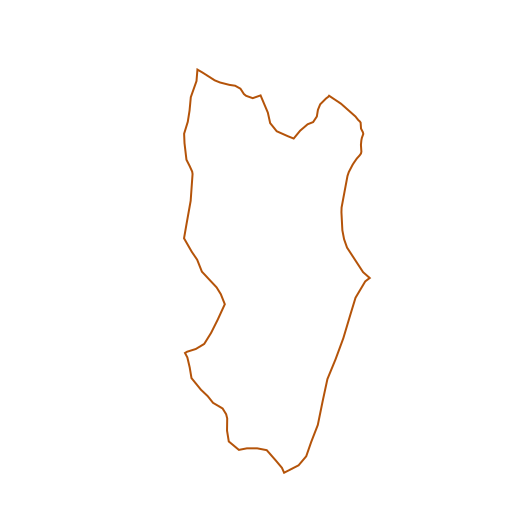 the Municipality of Misratah, rotated 31°
{"feature_id": "LBY-2970", "entity_name": "Misratah", "entity_type": "Municipality", "adm_level": 1, "iso_a3": "LBY", "parent_name": "Libya", "parent_adm1": "", "projection": "natural_earth1", "projection_center": [15.024, 30.913], "detail": "fine", "context": "isolated", "style": "outline", "palette": "amber", "viewbox_px": 512, "rotation_deg": 31, "n_neighbors": 0, "source": "natural_earth", "source_scale": "10m", "svg_char_len": 1447}
<svg xmlns="http://www.w3.org/2000/svg" viewBox="0 0 512 512"><g transform="rotate(31 256 256)"><path d="M236.1,81.0L250.5,81.7L269.4,85.2L273.6,86.8L275.7,87.2L277.0,87.8L280.4,92.7L283.8,94.8L285.1,96.1L285.9,100.2L286.7,102.5L288.7,106.7L292.6,112.3L293.2,114.1L293.0,116.5L292.2,120.6L291.9,125.2L291.8,127.8L292.3,136.2L293.2,140.3L304.4,170.4L306.7,174.5L316.8,189.5L322.8,196.2L329.7,201.9L356.1,214.7L364.8,216.3L364.3,217.5L362.7,221.5L362.8,240.5L367.0,257.3L373.2,281.5L377.4,303.6L380.6,324.7L387.8,345.8L396.0,369.0L399.1,387.0L402.2,401.8L400.3,413.5L391.7,427.3L387.3,424.2L378.3,421.1L365.2,416.9L356.2,420.2L347.2,425.6L341.2,431.0L328.2,429.0L321.1,420.6L315.0,410.1L311.9,407.0L305.9,403.9L294.8,404.0L286.8,401.0L277.7,399.0L263.6,393.9L256.5,385.6L249.4,378.3L245.1,375.7L246.2,373.6L252.3,366.7L256.9,358.0L257.1,345.0L256.0,330.6L254.1,313.4L246.1,307.3L245.6,306.9L238.4,303.2L217.7,297.3L207.5,289.5L198.8,285.5L185.2,277.9L180.1,264.7L171.6,242.4L159.4,218.4L157.8,216.5L152.7,213.0L146.8,209.3L136.6,196.1L131.4,188.2L128.4,176.1L124.2,165.7L118.3,153.4L114.9,136.7L109.8,126.4L115.5,126.3L130.1,126.7L135.8,125.8L145.1,123.0L150.4,120.8L156.5,120.6L162.2,123.4L165.0,123.8L171.9,122.4L177.2,116.0L192.3,127.0L199.7,134.8L209.5,138.4L221.7,136.9L227.8,135.9L229.3,125.8L232.4,116.5L236.0,111.8L236.3,105.1L233.8,98.8L232.9,92.9L234.9,84.9L236.0,82.2L236.1,81.0Z" fill="none" stroke="#b45309" stroke-width="2"/></g></svg>